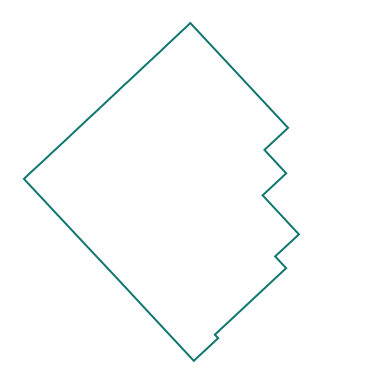 Sheridan, Montana, United States of America, rotated 227°
{"feature_id": "52423323B77016721752679", "entity_name": "Sheridan", "entity_type": "district", "adm_level": 2, "iso_a3": "USA", "parent_name": "United States of America", "parent_adm1": "Montana", "projection": "mercator", "projection_center": [-104.195, 48.694], "detail": "fine", "context": "isolated", "style": "outline", "palette": "teal", "viewbox_px": 384, "rotation_deg": 227, "n_neighbors": 0, "source": "geoboundaries", "source_scale": "gbopen_adm2", "svg_char_len": 963}
<svg xmlns="http://www.w3.org/2000/svg" viewBox="0 0 384 384"><g transform="rotate(227 192 192)"><path d="M316.7,306.0L316.7,305.5L316.6,298.0L316.7,294.2L316.6,285.0L316.6,284.5L316.6,282.5L316.6,282.4L316.6,277.1L316.5,267.1L316.4,264.9L316.5,258.2L316.5,255.2L316.4,253.4L316.5,253.1L316.5,250.1L316.5,241.5L316.4,230.7L316.4,228.0L316.4,220.1L316.5,218.0L316.5,217.5L316.5,214.9L316.5,209.5L316.4,209.0L316.4,206.2L316.4,205.6L316.4,204.0L316.4,203.6L316.3,172.6L316.3,171.1L316.4,165.7L316.3,157.1L316.3,154.0L316.2,135.1L316.2,128.2L316.2,127.5L316.2,125.1L316.2,124.5L316.2,122.9L316.3,114.4L316.2,112.8L316.2,110.8L316.2,102.7L316.2,100.2L316.2,99.1L316.2,96.7L316.2,95.9L316.3,93.9L316.2,93.2L316.3,91.4L316.3,90.3L316.3,82.7L316.2,78.0L238.0,78.1L178.4,78.3L110.7,78.2L67.3,78.2L67.3,111.4L72.1,111.4L72.1,208.9L88.2,208.9L88.1,241.3L141.4,241.4L141.4,273.6L173.4,273.7L173.4,306.0L316.7,306.0Z" fill="none" stroke="#0f766e" stroke-width="2"/></g></svg>